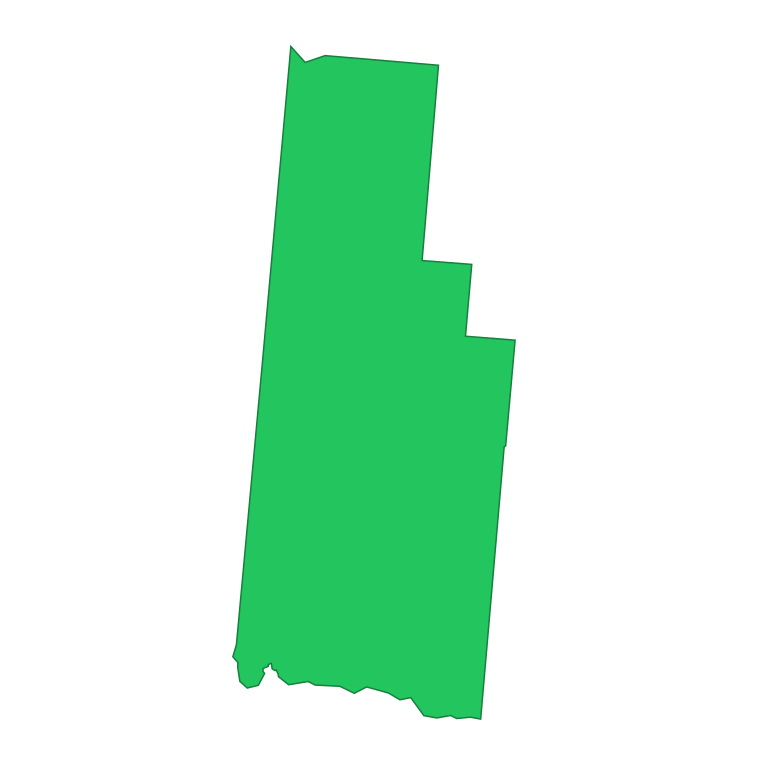 Jefferson, Oregon, United States of America (Equal Earth projection), rotated 275°
{"feature_id": "52423323B2409087912317", "entity_name": "Jefferson", "entity_type": "district", "adm_level": 2, "iso_a3": "USA", "parent_name": "United States of America", "parent_adm1": "Oregon", "projection": "equal_earth", "projection_center": [-121.528, 44.61], "detail": "fine", "context": "isolated", "style": "filled", "palette": "green", "viewbox_px": 768, "rotation_deg": 275, "n_neighbors": 0, "source": "geoboundaries", "source_scale": "gbopen_adm2", "svg_char_len": 702}
<svg xmlns="http://www.w3.org/2000/svg" viewBox="0 0 768 768"><g transform="rotate(275 384 384)"><path d="M78.1,341.6L79.0,366.4L73.3,381.4L80.7,393.1L76.5,415.5L70.8,427.4L73.9,438.0L57.1,452.6L55.9,465.7L59.6,479.3L57.1,485.6L59.6,499.1L58.6,509.5L331.9,509.2L333.0,510.6L386.1,510.7L439.1,510.8L438.7,461.0L510.8,461.0L510.3,411.2L706.3,410.5L706.0,296.7L697.5,277.4L712.1,261.8L470.6,261.2L393.5,261.0L111.5,259.7L99.1,257.2L93.8,262.7L88.9,263.0L75.2,266.3L69.2,274.3L72.9,285.1L85.3,290.3L87.1,288.5L90.1,288.4L92.7,293.4L94.5,293.2L95.9,296.1L90.5,297.4L89.0,300.4L89.6,301.6L85.9,303.8L83.2,304.4L76.1,315.2L81.0,334.4L78.1,341.6Z" fill="#22c55e" stroke="#15803d" stroke-width="1.5"/></g></svg>